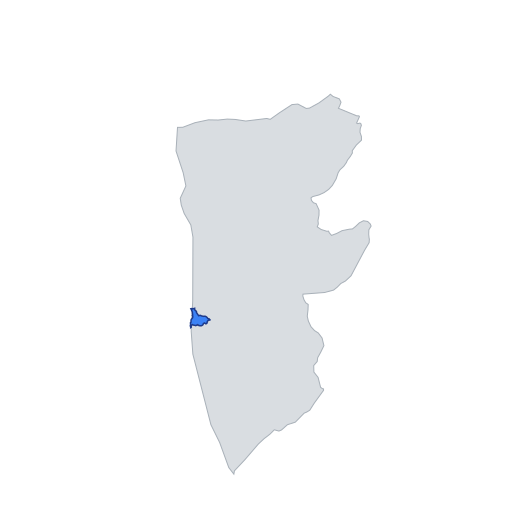 location of Sam Gbalor, River Cess, Liberia, rotated 44°
{"feature_id": "62588387B40614732140726", "entity_name": "Sam Gbalor", "entity_type": "district", "adm_level": 2, "iso_a3": "LBR", "parent_name": "Liberia", "parent_adm1": "River Cess", "projection": "natural_earth1", "projection_center": [-9.418, 5.385], "detail": "fine", "context": "in_parent", "style": "filled", "palette": "blue", "viewbox_px": 512, "rotation_deg": 44, "n_neighbors": 0, "source": "geoboundaries", "source_scale": "gbopen_adm2", "svg_char_len": 3213}
<svg xmlns="http://www.w3.org/2000/svg" viewBox="0 0 512 512"><g transform="rotate(44 256 256)"><path d="M110.2,218.0L113.9,214.3L119.5,202.5L127.2,191.1L134.4,184.4L140.2,177.5L146.2,172.2L154.9,166.0L168.2,149.6L171.3,147.8L173.4,136.5L176.7,122.1L180.6,117.6L189.6,115.0L191.7,112.5L194.9,102.3L197.0,90.5L197.1,88.0L200.7,87.7L206.8,85.1L210.3,86.3L211.8,89.7L212.7,92.5L231.1,85.2L232.7,83.7L233.6,83.9L236.0,90.5L237.3,90.1L238.4,88.2L239.6,88.0L241.1,88.9L242.5,92.0L244.9,94.8L248.8,96.8L251.4,99.4L251.1,106.5L252.1,113.4L253.8,115.0L254.7,119.1L255.2,123.6L256.1,126.0L256.8,130.6L256.5,135.5L257.2,138.9L260.1,144.9L261.9,152.3L262.0,157.6L260.9,163.2L258.9,168.3L255.5,173.9L255.2,176.0L257.3,177.5L260.3,177.8L262.9,176.6L269.5,179.2L272.9,182.8L275.9,187.4L278.6,189.7L279.8,192.5L284.4,191.7L289.8,189.0L290.9,187.7L292.5,188.4L296.0,188.7L298.4,183.7L300.3,178.0L304.5,171.9L306.6,169.5L307.1,165.5L307.3,160.4L308.8,156.0L312.3,153.6L316.0,153.6L318.0,154.5L319.0,158.8L322.0,162.1L324.6,164.3L325.9,165.2L328.1,167.8L330.1,176.4L338.1,204.2L337.7,211.9L336.1,216.9L336.1,221.8L335.5,226.6L330.7,234.6L316.3,250.8L317.4,252.2L320.8,254.1L324.3,255.1L327.2,254.6L330.8,258.6L334.7,263.7L338.8,266.4L344.7,268.7L349.9,269.0L354.3,268.1L360.5,269.1L367.1,273.3L369.4,280.3L371.0,286.3L373.3,289.4L373.6,294.7L378.3,299.3L385.0,300.2L393.7,305.6L395.9,305.3L396.9,304.7L397.9,305.7L400.1,321.3L401.8,329.6L400.9,333.0L399.8,335.6L399.7,348.2L395.8,355.5L395.2,363.4L394.1,366.0L389.9,368.3L389.8,374.4L388.7,381.8L388.3,389.6L389.5,410.2L389.7,425.5L391.6,428.3L383.4,427.1L359.4,415.4L340.8,408.7L278.8,370.5L261.6,355.1L241.7,332.3L197.5,286.2L187.5,278.9L174.8,275.3L166.9,271.3L161.4,267.1L156.9,254.3L145.8,246.7L125.5,236.0L110.2,218.0Z" fill="#d9dde1" stroke="#a8b0b8" stroke-width="1"/><path d="M248.2,336.2L248.1,336.3L247.9,336.8L247.5,337.4L247.2,337.9L247.1,338.1L246.7,338.1L246.6,338.4L246.4,338.4L246.2,338.6L246.3,338.8L245.9,339.2L247.7,339.9L249.2,340.6L250.2,341.5L251.4,342.4L251.5,343.0L252.3,343.2L252.7,343.7L253.2,344.3L253.4,344.9L253.5,345.6L253.4,346.1L253.6,346.9L253.8,347.2L254.4,347.9L254.8,348.3L255.3,349.0L255.2,349.5L255.7,350.0L256.6,350.8L257.3,352.0L258.0,352.1L258.6,352.7L258.6,352.4L258.8,352.2L258.4,351.9L258.1,351.3L257.9,350.9L257.8,350.1L258.0,349.4L258.8,349.3L258.9,349.2L259.0,349.1L259.4,348.9L259.6,348.8L259.7,348.7L259.9,348.6L260.3,348.2L260.6,348.1L261.0,348.0L261.5,346.8L261.5,346.7L261.5,346.2L261.8,346.2L262.1,346.2L262.3,346.0L262.5,345.9L262.7,345.6L263.2,345.7L263.4,345.6L263.5,345.6L263.7,345.4L264.0,345.2L264.7,344.6L265.0,344.3L265.1,344.2L265.5,343.2L265.6,342.3L265.4,341.8L265.1,341.2L265.3,340.5L265.3,340.2L265.5,339.9L266.2,339.8L266.8,339.6L267.1,339.6L267.2,339.3L267.3,339.0L267.3,338.8L267.3,338.4L267.3,338.1L267.2,338.1L266.8,337.7L266.3,336.4L266.6,334.9L267.1,334.3L267.3,334.2L267.3,333.9L265.9,333.8L264.7,334.5L264.1,334.3L263.6,334.2L262.3,334.3L261.2,334.7L260.0,336.0L259.3,336.4L258.2,337.1L257.4,337.2L256.5,338.2L256.2,338.8L254.8,338.5L253.2,338.2L252.5,338.0L252.3,337.9L251.9,337.4L251.7,337.3L250.2,337.2L249.4,337.3L248.7,337.0L248.2,336.2Z" fill="#3b82f6" stroke="#1e3a8a" stroke-width="1.5"/></g></svg>